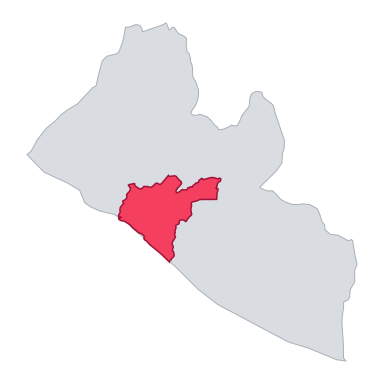 location of Grand Bassa within Liberia
{"feature_id": "LBR-785", "entity_name": "Grand Bassa", "entity_type": "County", "adm_level": 1, "iso_a3": "LBR", "parent_name": "Liberia", "parent_adm1": "", "projection": "albers", "projection_center": [-9.727, 6.117], "detail": "fine", "context": "in_parent", "style": "filled", "palette": "rose", "viewbox_px": 384, "rotation_deg": 0, "n_neighbors": 0, "source": "natural_earth", "source_scale": "10m", "svg_char_len": 6226}
<svg xmlns="http://www.w3.org/2000/svg" viewBox="0 0 384 384"><path d="M27.0,154.6L31.2,151.0L37.5,139.4L46.3,128.3L54.4,121.7L60.9,114.9L67.8,109.7L77.6,103.7L92.6,87.7L96.1,85.8L98.5,74.8L102.3,60.7L106.6,56.3L116.8,53.7L119.2,51.3L122.8,41.3L125.1,29.8L125.3,27.3L129.3,27.0L136.2,24.5L140.2,25.6L141.9,28.9L142.8,31.7L163.6,24.5L165.4,23.0L166.5,23.3L169.1,29.8L170.6,29.4L171.9,27.5L173.3,27.3L174.9,28.2L176.5,31.2L179.2,34.0L183.7,35.9L186.5,38.5L186.2,45.5L187.3,52.2L189.3,53.8L190.3,57.8L190.8,62.3L191.9,64.6L192.7,69.1L192.3,73.9L193.1,77.2L196.4,83.1L198.5,90.4L198.5,95.6L197.3,101.0L195.1,106.1L191.3,111.5L190.9,113.7L193.2,115.1L196.7,115.3L199.6,114.2L207.0,116.7L210.9,120.3L214.3,124.7L217.3,127.0L218.7,129.8L223.9,129.0L230.0,126.3L231.3,125.0L233.1,125.7L237.0,126.0L239.7,121.1L241.9,115.5L246.6,109.5L248.9,107.1L249.5,103.3L249.8,98.3L251.5,93.9L255.3,91.6L259.5,91.6L261.8,92.5L263.0,96.7L266.4,99.8L269.3,102.0L270.8,102.9L273.2,105.4L275.5,113.9L284.6,141.1L284.1,148.7L282.4,153.6L282.3,158.4L281.7,163.2L276.3,171.0L260.0,187.0L261.3,188.3L265.2,190.2L269.1,191.1L272.4,190.6L276.5,194.6L280.9,199.6L285.5,202.1L292.2,204.4L298.0,204.7L303.0,203.8L310.1,204.7L317.5,208.9L320.2,215.7L322.0,221.6L324.6,224.7L325.0,229.8L330.3,234.3L337.9,235.2L347.8,240.5L350.3,240.2L351.3,239.5L352.6,240.5L355.1,255.9L357.0,264.0L356.0,267.3L354.7,269.9L354.7,282.3L350.3,289.4L349.6,297.2L348.3,299.8L343.6,302.0L343.6,308.0L342.3,315.3L341.9,323.0L343.3,343.1L343.6,358.1L345.8,361.0L336.5,359.7L309.2,348.4L288.1,341.9L217.7,304.5L198.2,289.4L175.7,267.0L125.7,221.8L114.3,214.5L99.9,211.0L91.1,207.1L84.8,202.9L79.7,190.4L67.3,182.9L44.2,172.3L27.0,154.6Z" fill="#d9dde1" stroke="#a8b0b8" stroke-width="1"/><path d="M169.3,261.9L160.6,253.5L149.5,244.4L146.7,241.2L146.1,240.7L144.7,239.9L144.2,239.3L143.9,238.4L144.3,237.4L144.2,236.5L143.4,235.2L142.2,234.2L140.7,233.4L139.5,233.1L138.6,232.7L133.0,228.1L129.7,224.5L125.4,221.8L123.9,221.2L120.9,220.6L119.5,219.8L118.6,218.7L118.8,217.6L119.6,218.1L120.2,218.1L120.7,217.8L121.1,217.1L119.5,216.7L118.4,215.8L118.4,215.7L119.2,214.1L119.4,213.7L119.6,213.2L120.2,212.4L120.3,212.0L120.2,211.6L119.9,210.8L119.9,210.3L120.2,207.9L120.3,207.5L120.5,207.2L121.7,205.7L122.1,204.9L122.4,204.6L122.8,204.4L123.2,204.2L123.5,203.7L123.5,203.3L123.4,202.9L123.1,202.6L122.9,202.3L122.9,201.9L122.9,201.6L122.9,201.2L122.9,200.9L123.2,200.7L124.0,200.4L124.9,199.9L126.2,198.6L126.7,197.8L127.0,197.2L127.0,196.7L126.7,195.5L126.6,195.0L126.6,194.6L126.8,194.2L129.3,191.6L129.7,190.7L130.0,190.0L130.3,189.1L130.6,188.4L130.6,188.0L130.4,187.7L129.7,187.4L129.5,187.0L129.4,186.3L129.1,186.1L128.8,186.0L128.6,185.7L128.4,185.1L128.7,184.9L129.4,184.5L132.3,184.0L133.6,183.5L134.5,183.8L134.8,183.9L134.8,184.1L134.8,184.3L134.7,184.6L134.6,184.9L134.7,185.2L134.8,185.5L135.0,185.8L135.6,186.1L135.8,186.3L136.0,186.5L136.2,186.9L136.4,187.1L137.7,187.5L138.0,187.7L138.2,187.9L138.7,188.4L138.9,188.7L139.4,188.8L140.1,188.8L141.2,188.6L141.9,188.4L142.5,187.9L142.9,187.6L143.2,187.2L143.8,186.5L144.1,186.4L145.4,186.6L146.4,186.5L147.6,186.5L149.8,187.2L150.4,187.3L151.0,187.3L151.6,187.0L152.3,186.5L154.5,184.6L155.2,183.8L155.6,183.5L156.1,183.3L156.7,183.2L157.2,183.2L157.6,183.3L159.1,184.2L159.4,184.3L159.7,184.4L160.0,184.4L160.3,184.4L160.6,184.3L162.3,182.7L168.4,175.4L168.8,176.0L169.0,176.1L169.3,176.3L169.9,176.3L173.9,175.9L174.2,175.8L174.6,175.8L175.0,175.9L175.8,176.2L176.3,176.6L176.6,176.9L178.7,179.5L180.6,181.2L181.0,181.6L181.3,182.2L181.5,182.6L181.5,182.9L181.5,183.2L181.4,183.5L181.3,183.8L181.2,184.1L180.2,185.3L179.1,186.4L177.0,189.0L176.3,190.2L176.1,190.5L176.0,190.9L176.0,191.2L176.0,191.5L176.1,191.8L176.2,192.1L176.4,192.4L176.6,192.7L177.3,192.7L178.3,192.4L180.4,191.1L181.9,189.8L182.3,189.6L183.0,189.7L183.9,190.0L184.3,190.0L185.0,189.9L185.3,189.9L186.1,190.0L186.5,189.9L186.7,189.7L187.2,189.2L187.7,188.4L187.8,188.0L188.0,187.7L188.8,187.5L189.2,187.6L189.6,187.5L190.0,187.2L190.4,186.9L190.8,186.8L191.5,186.9L192.0,187.0L192.3,187.0L192.8,186.0L193.3,185.3L194.5,184.5L196.0,183.0L196.4,182.8L197.1,182.9L197.7,182.7L198.2,182.3L198.6,181.8L198.7,181.4L198.8,180.9L199.0,180.5L199.4,180.1L200.6,179.2L201.1,178.8L201.4,178.5L201.7,178.3L202.3,178.6L202.5,179.0L202.6,179.4L203.6,179.5L211.2,177.5L212.5,177.6L213.4,177.5L217.0,178.6L218.0,178.8L218.4,178.6L218.6,178.5L219.3,178.2L219.9,178.3L220.3,178.4L220.7,178.8L220.9,179.0L220.7,179.8L220.5,180.5L220.5,180.8L220.3,181.2L220.2,181.3L220.0,181.5L218.9,181.9L218.7,182.0L217.7,183.2L217.6,183.4L217.3,184.1L216.9,186.4L216.8,186.8L216.1,188.2L216.1,188.4L216.1,188.5L216.4,188.6L216.5,188.7L217.2,188.5L217.3,188.5L217.5,188.6L217.9,188.8L218.0,189.1L218.0,189.4L217.6,191.4L217.0,193.1L216.9,193.6L216.9,194.1L217.0,195.4L217.0,195.7L216.8,197.0L216.7,199.4L199.7,199.5L198.6,200.2L198.0,200.4L196.8,200.8L196.2,201.1L195.8,201.2L192.6,201.9L192.3,202.1L191.9,202.3L191.6,202.6L191.4,202.9L191.2,203.2L191.2,203.5L191.3,204.0L191.5,204.6L191.6,204.9L191.6,205.1L191.6,205.7L191.5,206.2L191.0,208.3L190.9,208.9L190.9,210.1L191.7,214.3L191.6,214.7L191.2,215.2L188.8,217.5L188.3,218.1L186.5,220.9L186.1,221.4L185.7,221.6L185.4,221.5L185.2,221.3L185.0,221.1L184.6,220.5L184.3,220.3L184.0,220.2L183.5,220.1L182.3,220.0L181.4,220.0L180.5,220.2L180.0,220.4L179.7,220.7L179.4,221.1L179.3,221.4L179.2,221.7L179.1,222.1L179.2,222.8L179.2,223.2L179.0,223.7L178.7,224.0L176.6,224.8L176.2,225.1L175.9,225.5L175.8,225.8L175.8,226.1L175.9,226.7L175.9,227.0L176.0,227.3L176.0,227.8L175.9,228.1L175.0,231.2L174.9,231.5L174.9,231.8L175.2,232.6L175.2,232.9L175.1,233.2L174.7,234.0L174.6,234.3L174.6,234.6L174.7,235.1L175.4,236.6L175.5,236.9L175.4,237.2L175.3,237.4L172.7,241.6L172.5,242.2L172.2,243.2L172.2,243.5L172.2,243.8L172.3,244.4L173.0,245.9L173.2,246.5L173.3,247.3L173.2,247.5L172.7,248.7L172.5,249.0L172.5,249.3L172.5,249.6L172.5,250.0L172.6,250.3L172.7,250.6L173.3,251.5L173.6,252.1L174.1,254.6L174.1,255.0L174.1,255.4L173.9,256.2L173.6,256.7L171.8,258.4L171.4,259.0L171.2,259.4L171.0,260.0L170.7,260.2L170.4,260.5L169.9,260.7L169.5,260.9L169.4,261.2L169.3,261.5L169.3,261.9L169.3,261.9Z" fill="#f43f5e" stroke="#9f1239" stroke-width="1.5"/></svg>